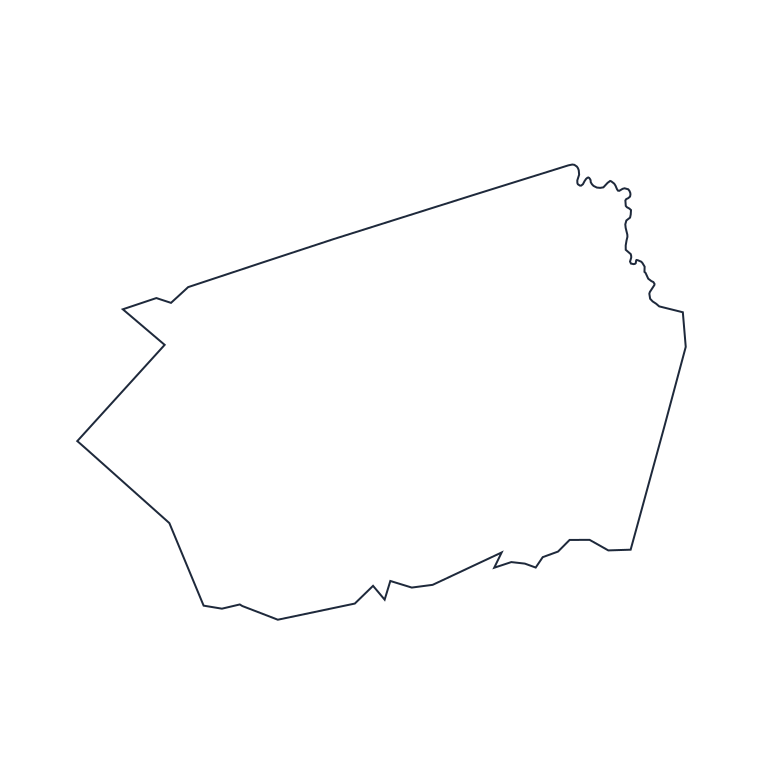 Delaware, New York, United States of America, rotated 194°
{"feature_id": "52423323B71236434888676", "entity_name": "Delaware", "entity_type": "district", "adm_level": 2, "iso_a3": "USA", "parent_name": "United States of America", "parent_adm1": "New York", "projection": "albers", "projection_center": [-75.162, 42.183], "detail": "fine", "context": "isolated", "style": "outline", "palette": "slate", "viewbox_px": 768, "rotation_deg": 194, "n_neighbors": 0, "source": "geoboundaries", "source_scale": "gbopen_adm2", "svg_char_len": 1666}
<svg xmlns="http://www.w3.org/2000/svg" viewBox="0 0 768 768"><g transform="rotate(194 384 384)"><path d="M659.0,249.9L558.6,197.1L505.4,125.3L486.9,126.8L470.6,135.2L467.8,134.3L430.0,129.6L359.2,163.9L345.8,185.5L331.2,174.9L330.2,194.4L307.8,193.2L288.2,200.9L229.1,249.0L232.6,232.4L217.4,242.0L203.9,243.8L192.4,242.6L188.1,254.4L174.6,263.5L166.2,277.6L146.8,282.5L126.1,276.8L104.6,282.9L104.0,308.0L102.5,374.9L101.7,409.3L100.2,493.0L111.4,525.9L135.8,525.9L139.3,527.7L143.3,529.1L146.4,531.1L148.4,535.8L148.3,537.6L145.6,545.4L145.7,546.5L147.3,548.1L149.4,548.5L153.1,550.1L157.1,555.1L158.4,555.8L159.5,560.9L162.6,564.0L164.0,564.9L167.7,565.5L169.0,565.4L169.2,565.0L169.0,562.0L169.7,561.2L170.8,560.7L173.5,560.6L174.9,562.3L174.7,566.4L175.1,568.0L176.0,569.7L181.9,572.7L183.0,576.9L183.4,582.2L183.4,585.6L184.0,587.7L187.3,594.0L188.5,597.3L188.4,601.3L185.5,605.0L185.6,608.1L186.4,612.5L188.4,613.6L191.1,614.3L192.5,615.3L194.2,620.5L193.7,622.0L192.0,623.4L190.6,625.4L190.7,627.4L191.2,628.9L192.5,630.7L194.1,632.0L197.9,632.1L199.7,631.1L202.4,628.4L203.7,628.2L205.0,629.3L207.4,632.5L209.1,634.1L212.5,635.6L213.7,635.7L215.7,633.3L218.7,627.9L221.7,626.6L225.0,626.1L228.6,626.9L230.5,628.1L232.2,629.8L232.9,631.8L233.7,632.7L234.8,633.6L235.8,633.8L236.5,633.3L237.5,632.0L238.5,629.3L239.3,626.0L240.7,624.2L241.9,623.9L244.2,624.7L245.0,625.8L245.7,628.3L245.3,634.3L246.7,638.4L247.9,640.2L249.4,641.6L252.3,642.7L254.4,642.5L258.1,640.7L343.8,588.5L467.8,512.5L531.3,472.5L597.5,430.6L600.5,426.0L610.3,411.2L625.7,412.3L655.5,393.3L606.3,368.9L667.8,254.4L659.0,249.9Z" fill="none" stroke="#1e293b" stroke-width="2"/></g></svg>